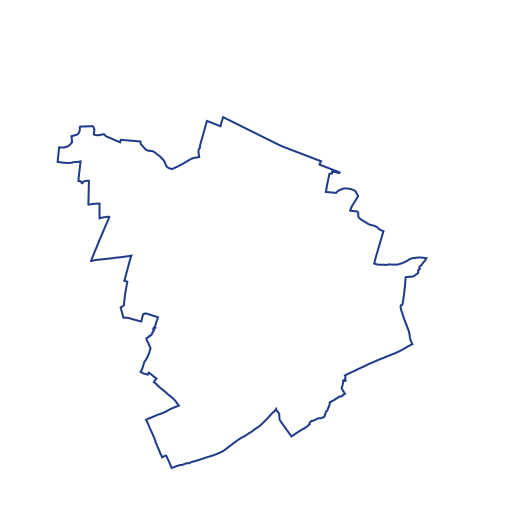 Grivita, Vaslui, Romania (Albers equal-area conic projection), rotated 70°
{"feature_id": "2599482B4273660829063", "entity_name": "Grivita", "entity_type": "district", "adm_level": 2, "iso_a3": "ROU", "parent_name": "Romania", "parent_adm1": "Vaslui", "projection": "albers", "projection_center": [27.682, 46.171], "detail": "fine", "context": "isolated", "style": "outline", "palette": "blue", "viewbox_px": 512, "rotation_deg": 70, "n_neighbors": 0, "source": "geoboundaries", "source_scale": "gbopen_adm2", "svg_char_len": 6076}
<svg xmlns="http://www.w3.org/2000/svg" viewBox="0 0 512 512"><g transform="rotate(70 256 256)"><path d="M89.5,357.2L89.5,357.9L89.1,359.0L89.1,359.6L88.8,362.2L88.3,363.7L87.6,365.0L86.8,366.4L86.4,366.8L85.3,366.5L83.4,365.3L82.4,364.8L81.8,364.6L80.2,364.6L78.5,364.8L77.9,365.7L76.9,369.0L74.5,376.2L74.3,377.1L74.4,377.3L77.4,378.5L78.3,379.1L79.3,380.0L80.4,381.3L80.6,381.9L80.7,383.7L80.3,388.4L86.2,389.9L87.7,392.5L88.4,394.5L88.6,395.6L88.4,399.3L87.3,402.4L86.5,403.8L99.6,410.2L101.0,407.9L102.1,405.9L103.8,402.0L104.7,399.6L105.3,397.7L105.4,396.8L105.4,395.2L105.5,394.7L105.8,394.2L106.5,392.0L107.1,388.5L121.4,395.7L124.9,397.2L125.9,395.1L126.5,394.8L127.7,394.9L128.0,394.8L128.2,394.5L127.3,393.0L127.0,392.0L127.1,390.8L127.5,389.2L128.2,387.3L150.3,395.9L150.6,395.5L151.0,393.0L151.4,391.2L152.7,386.5L153.1,385.3L153.3,385.1L161.3,388.1L167.1,390.1L167.5,386.3L168.5,381.7L168.8,380.7L169.3,380.5L178.6,389.3L188.9,398.9L193.8,403.3L196.2,405.6L204.2,412.7L204.4,412.7L204.5,411.7L204.7,409.8L205.0,407.7L205.9,404.0L207.7,397.0L208.5,393.3L208.8,392.5L209.7,388.0L210.8,383.9L212.6,375.5L213.0,373.0L216.5,375.7L234.3,388.2L236.1,385.7L247.5,392.3L252.5,394.7L254.0,395.6L257.1,397.0L257.5,398.0L258.0,400.8L268.6,401.7L269.9,398.3L271.4,395.9L273.3,393.5L278.3,386.2L273.8,383.2L272.0,381.7L272.3,381.0L272.0,380.4L272.4,378.9L280.0,369.1L285.9,373.6L287.2,374.7L287.8,375.3L288.5,375.0L288.9,375.0L289.3,375.6L289.4,376.2L288.7,376.9L289.5,377.6L289.9,377.7L291.1,377.3L291.6,378.1L291.8,378.9L292.4,379.1L292.9,379.4L293.0,380.0L293.8,380.7L294.2,380.9L294.3,381.7L294.9,382.7L294.6,383.5L295.3,384.5L295.7,385.5L295.5,386.3L295.7,386.8L296.2,387.3L297.4,387.5L301.2,386.9L302.6,387.0L305.1,386.7L306.7,386.7L306.9,386.8L311.4,390.2L315.7,394.7L317.5,397.3L321.3,400.1L323.7,402.1L325.5,404.1L327.8,402.1L329.1,400.1L330.5,398.4L330.2,397.8L328.9,396.7L329.0,396.5L333.0,394.0L335.2,392.8L336.3,391.9L337.2,391.5L338.4,393.6L339.5,395.1L340.4,394.6L341.4,393.8L343.0,393.2L344.6,392.3L346.6,391.4L347.5,390.8L349.6,389.6L352.5,387.8L355.9,386.1L359.0,384.0L361.8,382.5L364.6,381.3L370.2,379.7L370.3,380.8L370.3,384.3L370.6,389.3L371.5,394.7L371.6,396.7L371.7,398.1L371.6,403.1L372.0,410.1L372.0,412.4L372.2,414.4L372.4,415.4L374.3,415.0L381.7,414.6L388.7,414.0L389.0,414.1L391.4,413.9L395.3,413.8L395.6,414.0L396.2,414.1L398.9,413.8L400.2,413.9L403.9,413.6L407.6,413.4L408.4,413.6L410.2,413.1L413.1,413.1L412.6,409.5L412.8,408.7L419.6,408.1L426.4,407.8L426.3,401.7L426.5,398.5L427.1,397.1L427.0,394.4L427.0,392.7L427.2,391.5L427.4,390.8L427.9,389.8L427.9,389.2L427.5,387.5L427.6,386.2L428.0,382.1L428.3,373.8L428.3,371.5L428.7,364.8L428.7,360.8L428.2,354.3L427.7,352.1L425.6,345.6L422.5,335.0L421.9,332.3L421.4,328.5L420.6,324.8L420.1,323.1L419.8,320.9L418.9,317.9L418.3,316.1L417.2,311.3L415.2,306.5L412.5,300.7L409.7,295.5L407.9,291.3L407.4,290.4L406.6,289.4L408.6,289.4L410.2,288.7L411.0,288.5L412.5,288.3L413.3,288.5L417.3,289.7L417.8,289.7L419.1,289.6L437.7,284.4L435.8,276.7L435.4,275.1L434.9,272.9L434.6,270.3L434.3,268.7L433.9,267.5L433.6,266.0L432.9,264.5L432.7,263.6L432.5,263.3L432.3,263.3L432.3,263.2L431.6,262.9L430.8,262.2L430.4,261.5L429.9,260.0L430.3,259.5L430.3,258.5L430.3,256.7L429.9,254.6L429.9,253.0L430.1,252.0L430.4,251.6L430.5,251.0L430.7,250.1L430.5,249.2L430.6,248.2L430.5,246.9L429.4,245.8L429.0,245.8L427.6,244.5L426.3,243.6L426.0,243.1L425.8,242.3L425.3,241.5L423.1,239.9L422.9,239.5L422.8,239.1L422.2,239.0L421.7,238.6L420.3,237.2L419.8,237.0L419.0,237.0L418.8,236.7L418.6,236.2L418.6,235.0L418.4,234.6L418.3,234.1L418.4,233.4L418.1,232.5L417.9,230.9L417.4,229.8L417.5,229.2L417.1,227.5L416.6,225.9L416.7,225.2L416.9,224.7L417.1,224.5L417.0,222.8L416.8,222.2L416.3,221.7L416.0,219.6L409.5,220.8L407.2,219.0L403.7,216.8L402.9,216.8L402.8,216.7L402.7,216.6L402.8,216.2L403.7,215.3L403.9,215.1L403.8,214.4L403.7,214.3L402.3,214.4L401.6,214.2L401.0,213.5L399.3,213.2L398.7,213.3L398.2,209.7L397.6,202.1L397.2,199.3L396.6,191.3L396.2,188.4L396.0,184.6L395.5,176.7L395.2,167.4L394.9,158.5L394.6,154.4L394.3,151.9L393.0,144.6L392.3,139.2L388.4,139.6L385.3,139.3L381.4,138.4L378.3,138.1L366.6,138.3L357.4,138.1L353.8,137.7L353.2,137.5L352.4,137.1L351.9,136.7L351.8,135.6L351.9,135.3L349.4,133.6L340.1,128.7L335.4,126.4L327.4,122.8L327.2,122.5L327.1,122.2L329.1,115.1L327.8,110.8L327.8,109.9L327.7,109.7L327.0,109.3L326.3,108.9L325.1,108.6L324.5,108.1L324.4,107.8L324.5,106.9L324.3,106.5L322.6,106.4L322.0,105.9L321.7,105.5L321.4,104.3L321.1,103.6L320.8,103.0L320.0,102.2L319.7,101.5L319.3,101.0L319.0,100.6L318.3,98.9L316.9,97.4L316.3,96.6L314.7,99.7L313.1,103.2L312.9,103.9L312.9,104.6L312.3,106.1L312.3,107.0L312.0,108.1L311.7,109.1L311.4,112.5L312.0,114.5L312.5,117.3L312.7,120.5L312.7,121.7L312.5,125.9L311.2,129.6L310.2,132.1L309.4,133.9L309.1,135.1L309.2,136.2L308.3,138.0L307.4,140.1L307.0,141.5L306.4,143.1L305.3,145.2L303.5,147.5L297.8,143.6L276.2,127.7L275.2,129.0L273.7,130.6L272.5,131.3L270.5,132.2L269.4,133.2L268.0,134.6L265.4,138.5L263.9,139.9L262.9,140.6L259.2,143.6L257.0,145.2L255.6,146.0L254.5,146.3L253.2,146.2L251.6,145.6L251.0,145.3L250.2,145.2L249.0,145.5L248.4,146.3L247.1,149.2L245.5,152.0L243.2,150.0L241.9,148.7L237.3,142.8L234.7,139.6L229.3,140.3L227.5,141.6L225.5,144.2L224.1,146.4L222.8,149.7L222.5,151.4L222.5,152.8L222.8,155.9L223.5,158.1L224.1,159.2L219.7,168.4L212.1,164.0L203.9,158.9L204.4,156.3L202.8,155.6L204.4,152.6L206.5,149.4L206.0,148.9L191.8,165.1L189.2,162.5L162.9,192.8L159.9,196.0L114.3,239.4L119.6,243.5L121.9,245.0L112.3,255.9L133.7,271.3L133.9,271.2L134.3,271.3L135.1,271.6L135.5,272.2L135.6,272.8L137.1,273.8L138.4,274.5L143.6,275.5L142.7,280.2L142.5,283.5L144.4,293.7L145.1,299.1L145.6,304.5L145.3,305.6L143.6,307.9L141.9,309.1L140.8,309.4L139.3,309.6L136.3,309.6L134.6,310.0L132.8,310.7L130.2,311.8L126.5,314.3L124.4,315.4L122.7,316.7L121.7,318.0L120.8,320.0L120.0,321.5L119.1,322.5L118.2,323.3L117.1,323.6L115.2,324.5L114.5,324.7L111.7,325.9L110.1,325.8L108.9,325.4L100.6,343.3L102.7,344.8L92.1,356.1L89.5,357.2Z" fill="none" stroke="#1e3a8a" stroke-width="2"/></g></svg>